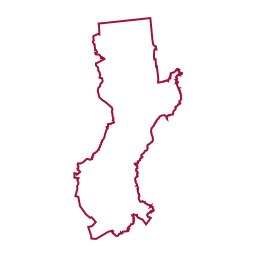 outline of Davao del Sur, Davao del Sur, Philippines, rotated 354°
{"feature_id": "2640588B9806973652018", "entity_name": "Davao del Sur", "entity_type": "district", "adm_level": 2, "iso_a3": "PHL", "parent_name": "Philippines", "parent_adm1": "Davao del Sur", "projection": "albers", "projection_center": [125.526, 6.998], "detail": "fine", "context": "isolated", "style": "outline", "palette": "rose", "viewbox_px": 256, "rotation_deg": 354, "n_neighbors": 0, "source": "geoboundaries", "source_scale": "gbopen_adm2", "svg_char_len": 5910}
<svg xmlns="http://www.w3.org/2000/svg" viewBox="0 0 256 256"><g transform="rotate(354 128 128)"><path d="M102.9,34.9L103.2,37.2L102.0,38.4L102.0,38.9L102.6,39.9L103.0,41.4L103.5,41.4L103.5,46.9L104.0,46.8L104.8,48.0L105.0,49.5L103.1,50.0L103.6,51.4L107.2,52.1L108.6,54.8L108.4,55.6L109.2,55.7L109.6,55.1L109.9,55.8L111.1,55.9L111.1,56.6L111.6,57.0L103.2,60.4L102.9,60.3L102.8,60.5L102.7,62.4L104.4,64.5L104.7,65.8L104.3,67.6L105.6,69.7L105.6,71.7L106.0,71.9L104.9,75.0L107.4,75.8L107.7,78.7L106.5,80.3L105.2,81.2L104.5,83.7L102.8,84.8L101.8,87.9L102.7,94.5L105.9,98.0L108.3,99.9L114.0,105.9L114.5,107.7L113.5,110.4L113.9,111.2L114.0,115.7L114.6,116.5L114.4,117.6L114.0,117.8L113.7,118.7L114.1,119.1L114.7,120.9L114.0,121.5L113.4,121.3L112.3,121.5L111.3,122.2L109.6,121.9L108.4,122.1L108.6,124.1L108.3,124.5L106.9,124.7L106.9,125.1L107.0,125.5L107.8,126.0L107.8,126.3L106.4,127.6L104.4,132.0L103.8,134.1L102.4,136.6L100.9,137.8L100.9,139.1L99.8,139.6L99.7,141.2L98.4,142.4L98.5,143.7L97.3,144.6L96.8,146.5L96.3,146.4L96.1,146.7L95.7,146.8L94.7,148.3L93.3,148.8L92.4,149.6L91.8,149.5L90.8,150.1L90.7,150.8L90.3,151.1L90.6,151.8L89.5,152.5L89.7,153.4L89.3,154.6L88.8,154.1L88.2,155.3L86.8,155.6L85.6,154.9L83.7,154.5L80.1,157.2L78.2,157.9L76.9,158.4L74.6,157.9L73.9,159.4L74.8,160.7L74.4,162.3L73.7,162.5L73.5,163.3L73.8,163.5L73.5,163.7L73.7,164.4L74.8,165.2L75.8,166.6L72.4,169.1L72.0,168.0L70.7,168.2L70.4,167.3L70.0,167.3L69.5,171.7L73.5,172.8L72.1,174.5L73.0,176.9L72.7,178.5L71.3,180.5L71.3,183.0L68.6,190.2L71.4,191.3L72.1,200.6L77.0,209.3L81.0,213.4L82.5,213.0L86.1,218.2L82.0,221.8L78.1,222.3L80.1,231.2L80.0,234.1L84.7,235.0L97.4,229.2L101.3,228.5L101.2,229.3L102.4,229.2L101.9,231.2L103.6,232.3L104.2,233.7L106.4,234.3L107.6,233.3L108.2,232.2L109.7,232.4L110.2,232.1L110.2,231.7L110.5,232.1L111.4,232.2L112.0,230.6L117.3,230.6L118.3,228.9L117.0,229.1L117.7,227.9L117.3,227.6L118.4,226.2L119.3,226.2L121.1,223.9L122.3,224.2L123.1,223.7L123.2,223.3L123.6,223.2L123.9,222.2L123.4,221.4L124.0,221.2L124.6,219.9L124.4,219.5L124.2,219.7L123.7,219.1L124.3,218.6L124.2,218.1L124.6,217.5L123.4,216.5L123.5,216.0L123.0,215.1L124.3,214.9L124.6,214.4L125.5,215.1L127.9,215.4L127.9,216.4L127.6,216.4L128.1,217.1L128.2,217.8L129.2,218.5L129.6,218.4L130.6,219.5L132.5,220.3L133.5,221.4L135.9,225.7L141.3,219.8L140.0,218.9L139.2,218.9L138.5,218.5L137.9,216.6L138.3,216.5L138.3,215.8L138.9,215.1L140.1,214.8L140.8,214.1L141.5,214.3L141.4,213.6L142.1,213.3L142.3,213.0L142.6,213.5L142.7,213.3L143.4,213.6L143.9,213.5L144.1,212.9L144.9,212.8L144.9,212.2L144.5,212.0L144.8,211.6L144.4,210.8L144.2,209.1L143.0,208.9L143.1,208.3L142.7,208.8L142.3,208.9L142.5,208.7L142.2,208.5L142.7,208.1L142.4,207.2L140.6,206.9L140.5,206.6L139.3,206.2L138.9,205.5L137.7,205.1L137.1,204.3L137.3,203.9L137.1,203.4L135.6,203.1L134.9,202.3L134.2,202.7L133.7,202.6L133.4,202.7L133.6,202.8L132.4,202.5L132.4,202.1L131.3,199.9L131.3,198.8L131.8,198.1L131.7,197.1L132.3,196.6L131.8,195.5L132.1,194.8L131.8,194.7L131.3,193.6L131.1,191.5L131.4,191.2L131.1,190.0L131.5,190.1L131.7,189.8L131.7,188.4L131.0,186.2L130.4,186.2L131.1,185.1L130.0,182.9L130.1,182.0L129.9,182.0L129.9,181.9L130.1,181.6L129.6,179.8L130.1,178.7L131.6,177.2L132.3,176.9L132.0,176.6L132.4,177.1L132.6,176.9L132.0,175.4L132.3,174.4L133.0,174.3L133.1,173.7L132.5,172.6L132.5,172.0L131.7,171.6L131.9,171.3L131.7,170.0L132.0,169.5L133.2,168.9L133.0,168.0L133.4,166.8L132.7,166.3L133.0,165.9L132.7,166.1L132.5,165.9L132.3,166.0L131.7,165.5L131.8,165.1L131.5,165.2L130.9,164.3L131.3,164.0L133.2,164.9L133.9,164.3L133.3,164.1L133.9,163.7L134.1,162.7L134.4,163.0L135.7,161.6L136.5,161.4L136.9,159.8L138.3,159.3L138.3,158.3L139.1,158.1L138.2,157.3L138.4,156.2L141.6,154.1L142.2,152.7L142.8,152.4L143.5,152.5L144.5,152.1L145.6,149.9L145.3,149.3L145.4,147.3L146.3,146.5L147.2,146.5L149.7,144.6L150.6,144.3L150.7,143.7L151.7,142.6L151.4,141.2L151.7,139.8L150.7,136.7L150.9,135.3L150.5,134.3L151.0,131.7L151.6,130.5L154.4,127.9L154.5,127.2L155.1,126.9L154.6,127.0L155.0,126.7L155.0,126.2L156.7,124.9L156.6,124.3L158.2,122.4L159.5,121.8L159.7,121.0L160.9,119.9L163.0,119.1L164.5,119.0L165.8,119.1L166.1,119.6L167.6,120.5L167.3,122.3L167.8,123.0L167.7,121.0L168.2,120.3L168.7,120.0L169.4,120.0L169.3,119.7L170.0,119.5L170.1,119.8L172.3,119.2L173.7,119.2L173.4,118.4L174.1,119.0L174.5,118.4L174.5,117.1L175.4,115.7L177.2,114.3L177.4,113.7L177.1,113.8L177.5,113.4L177.2,112.5L177.4,111.9L179.8,110.8L180.2,109.9L181.4,109.7L181.6,109.6L181.3,109.5L181.8,108.8L181.7,108.2L182.1,108.1L181.9,107.7L182.2,107.2L182.4,107.4L182.3,107.1L182.6,107.2L182.3,107.0L184.0,104.7L183.9,101.4L184.2,100.8L183.8,99.4L184.0,98.7L183.7,98.0L183.4,98.0L183.5,97.0L183.3,97.1L182.8,95.8L182.7,94.6L183.2,94.0L182.5,94.1L182.5,93.7L183.1,93.5L182.3,93.5L182.0,93.1L181.3,90.3L181.3,88.8L182.0,88.5L182.1,88.3L181.3,88.4L181.5,87.9L181.0,88.0L181.2,87.8L180.9,87.6L181.0,87.5L181.4,87.3L181.0,87.4L180.7,86.9L181.0,86.5L180.9,86.1L181.3,86.1L180.9,85.6L181.3,85.7L181.0,85.0L181.9,84.5L181.9,84.0L181.4,83.6L181.5,83.3L181.2,83.0L181.4,82.7L181.2,82.5L181.6,82.4L181.7,81.7L182.3,80.9L182.8,81.0L183.4,80.3L184.2,80.1L184.3,80.5L184.7,80.2L185.1,80.5L185.0,80.1L185.3,80.0L185.5,80.4L185.5,80.0L186.9,80.1L187.4,79.5L187.4,78.1L186.9,79.4L186.1,78.8L185.6,78.9L185.4,78.1L185.1,78.8L184.7,78.8L185.0,78.2L184.3,76.8L184.6,76.4L184.2,76.0L184.8,75.4L184.1,75.1L184.1,74.6L183.2,74.4L182.2,74.9L182.5,75.5L179.4,77.5L176.6,77.8L175.9,78.5L176.2,79.9L175.8,80.1L175.7,80.6L175.3,80.7L175.3,81.5L175.0,81.7L175.4,82.3L175.1,82.7L175.2,83.1L173.8,83.2L172.9,84.3L173.2,85.1L172.9,85.7L171.6,84.8L170.5,84.8L169.0,85.1L169.1,85.5L162.7,86.0L163.3,81.9L163.1,69.7L162.4,69.9L162.6,62.5L161.3,62.5L161.3,59.2L162.2,53.7L163.3,52.0L164.4,52.7L164.3,49.9L162.4,48.6L161.7,47.3L161.5,42.5L161.7,21.0L109.7,21.1L109.8,25.0L109.3,32.0L108.1,31.3L103.1,33.1L102.9,34.9Z" fill="none" stroke="#9f1239" stroke-width="2"/></g></svg>